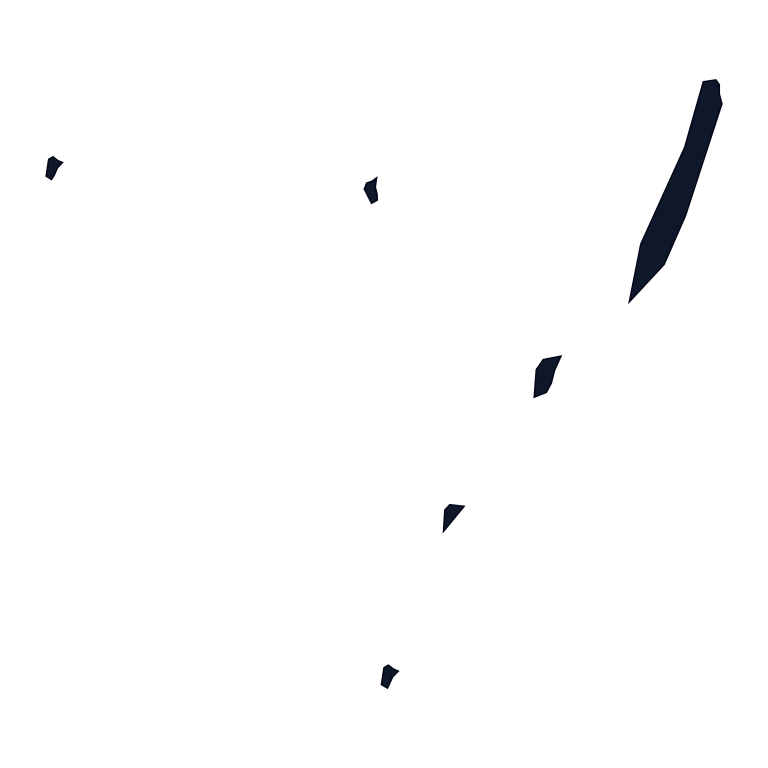 the Atoll of Haa Dhaalu
{"feature_id": "MDV-5224", "entity_name": "Haa Dhaalu", "entity_type": "Atoll", "adm_level": 1, "iso_a3": "MDV", "parent_name": "Maldives", "parent_adm1": "", "projection": "equal_earth", "projection_center": [72.994, 6.597], "detail": "coarse", "context": "isolated", "style": "filled", "palette": "ink", "viewbox_px": 768, "rotation_deg": 0, "n_neighbors": 0, "source": "natural_earth", "source_scale": "10m", "svg_char_len": 723}
<svg xmlns="http://www.w3.org/2000/svg" viewBox="0 0 768 768"><path d="M703.3,81.8L715.9,79.9L719.3,84.7L719.3,93.9L721.9,103.9L685.6,215.4L664.2,264.3L629.3,301.9L640.8,244.1L684.7,147.3L703.3,81.8ZM561.0,356.1L554.5,370.5L551.3,383.2L546.3,392.4L534.2,397.2L536.3,369.6L543.2,359.6L561.0,356.1ZM464.1,506.3L443.5,531.4L444.8,510.1L449.8,504.7L464.1,506.3ZM398.3,671.2L392.7,676.8L387.5,688.1L381.4,684.6L384.0,667.7L388.3,665.1L393.5,669.0L398.3,671.2ZM376.6,177.8L375.3,187.1L377.1,194.4L377.3,200.1L371.5,203.3L364.3,189.0L366.7,183.0L371.9,181.3L376.6,177.8ZM62.5,162.5L57.3,168.0L54.3,175.1L51.5,179.5L46.1,176.2L48.7,159.3L53.0,156.8L58.0,160.7L62.5,162.5Z" fill="#0f172a" stroke="#020617" stroke-width="1.5"/></svg>